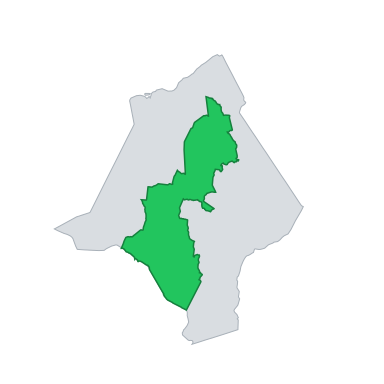 location of Eastern within Kenya, rotated 207°
{"feature_id": "KEN-889", "entity_name": "Eastern", "entity_type": "National Capital Area", "adm_level": 1, "iso_a3": "KEN", "parent_name": "Kenya", "parent_adm1": "", "projection": "albers", "projection_center": [37.864, 0.691], "detail": "fine", "context": "in_parent", "style": "filled", "palette": "green", "viewbox_px": 384, "rotation_deg": 207, "n_neighbors": 0, "source": "natural_earth", "source_scale": "10m", "svg_char_len": 8704}
<svg xmlns="http://www.w3.org/2000/svg" viewBox="0 0 384 384"><g transform="rotate(207 192 192)"><path d="M86.2,229.5L86.1,225.0L86.8,213.4L86.8,203.3L87.4,198.2L89.9,195.0L91.0,192.6L91.9,189.3L93.2,186.7L96.2,184.5L96.7,183.3L99.9,179.7L101.7,175.0L103.2,173.5L104.9,172.0L106.2,171.2L108.3,170.5L109.9,170.0L110.2,169.7L110.3,168.9L109.8,166.0L110.5,165.1L111.6,163.1L112.8,161.3L114.0,160.2L114.6,159.0L114.9,157.0L115.0,155.6L115.0,153.2L114.6,147.8L113.3,143.4L112.5,138.3L113.1,136.7L112.1,133.8L111.5,133.6L110.7,133.0L109.6,130.2L108.8,127.7L108.3,127.0L104.7,124.8L103.0,119.6L101.0,118.4L100.0,113.2L99.8,111.8L100.9,106.6L100.8,105.4L99.6,104.3L96.3,103.2L93.6,101.0L93.9,100.3L94.1,99.5L92.7,99.0L88.6,90.2L93.9,84.9L99.3,79.5L106.2,72.7L112.6,66.5L118.0,61.1L122.9,56.3L122.8,57.2L122.8,58.4L123.4,59.2L124.4,59.7L125.8,59.2L127.0,58.4L128.2,58.3L135.5,60.3L136.7,62.0L136.6,63.9L136.9,65.3L136.4,66.7L135.7,70.8L135.9,74.6L138.1,77.4L140.1,79.6L141.6,82.7L142.8,83.7L144.3,84.2L149.4,84.3L156.8,84.5L164.0,84.7L164.6,84.8L166.1,85.2L172.7,89.4L178.7,93.2L183.8,96.6L188.8,99.8L193.6,103.0L197.4,105.6L201.0,106.4L207.0,106.8L211.2,106.9L215.0,108.0L220.7,109.0L225.0,109.5L227.5,110.1L234.6,110.7L235.8,110.3L239.0,107.4L242.5,102.7L243.8,100.1L248.4,97.5L256.4,93.9L262.0,91.4L268.2,88.8L271.1,91.0L275.0,94.6L276.8,96.3L278.2,97.1L280.3,97.6L282.9,97.6L284.3,97.5L287.2,97.0L294.0,96.6L297.9,96.6L294.6,101.3L290.7,107.0L283.6,117.4L278.1,122.9L274.0,127.0L273.6,127.7L273.6,132.3L273.7,143.6L273.9,166.1L274.0,188.6L274.2,211.1L274.2,222.3L274.3,226.1L277.9,230.8L281.5,235.4L286.2,241.5L288.8,244.7L289.2,245.8L289.0,248.0L285.2,252.6L282.0,254.7L277.7,255.7L276.5,255.5L274.8,254.8L274.1,255.9L273.6,257.6L272.7,257.3L272.0,256.8L272.4,259.8L272.9,261.3L272.2,263.3L270.1,265.1L270.0,266.6L265.5,270.5L259.1,271.0L255.7,272.9L254.3,274.5L253.1,278.0L253.5,283.3L251.8,287.4L251.4,289.4L248.1,292.1L246.7,294.5L245.6,297.0L244.7,298.1L243.6,303.7L242.0,307.0L241.6,308.1L241.3,309.2L240.1,311.1L239.3,312.5L238.7,313.4L234.9,322.0L231.8,325.9L229.4,325.5L227.9,327.0L227.7,327.7L226.8,327.3L224.8,325.9L220.8,322.9L216.7,320.0L212.6,317.1L208.5,314.2L204.4,311.2L200.3,308.3L196.2,305.4L192.1,302.5L189.7,300.7L188.6,299.7L187.8,297.7L187.4,297.2L186.3,296.6L185.0,296.4L184.7,296.0L184.7,295.1L185.1,293.6L186.6,291.0L186.8,289.4L186.5,287.6L186.0,284.7L185.6,284.0L182.9,282.5L177.2,279.4L171.6,276.2L165.9,273.0L160.2,269.9L154.6,266.7L148.9,263.5L143.2,260.4L137.6,257.2L131.9,254.0L126.2,250.8L120.6,247.6L114.9,244.5L109.2,241.3L103.6,238.1L97.9,234.9L92.3,231.7L90.1,230.5L88.2,229.5L86.2,229.5ZM274.8,260.4L273.8,260.6L274.3,259.1L277.2,257.1L278.4,257.5L278.6,258.0L278.6,258.4L278.1,258.8L274.8,260.4Z" fill="#d9dde1" stroke="#a8b0b8" stroke-width="1"/><path d="M148.4,84.2L149.2,84.5L149.5,84.5L158.6,84.4L159.4,84.7L164.5,84.7L166.1,85.1L168.0,86.1L169.0,86.3L169.3,86.5L169.7,87.2L169.9,87.3L170.4,87.3L170.6,87.4L170.8,87.6L171.1,88.6L171.6,88.7L194.5,103.5L195.0,104.0L195.6,105.1L196.0,105.6L196.4,105.8L197.2,106.0L197.8,106.6L198.1,106.6L198.9,106.4L199.8,106.3L205.4,107.0L206.9,106.8L208.2,106.2L208.3,105.6L208.6,105.5L209.2,106.0L209.4,106.3L209.6,106.6L210.3,106.8L210.8,106.6L210.9,106.8L211.0,106.9L212.6,107.0L212.6,106.3L213.3,107.2L213.7,107.7L214.2,107.9L218.8,109.2L219.5,109.2L220.6,109.0L221.0,109.0L221.4,109.2L221.8,109.2L223.4,108.8L226.3,110.2L227.4,110.4L228.4,110.3L229.4,109.7L229.8,115.1L230.0,116.0L230.2,117.5L230.3,121.1L230.1,121.8L229.5,122.3L228.9,123.0L228.6,123.2L227.0,123.7L226.2,124.5L225.3,124.7L224.8,125.1L224.5,125.5L224.4,126.6L224.1,126.8L220.8,134.3L220.3,135.1L218.9,135.5L218.5,135.7L218.4,136.3L219.0,137.6L219.4,139.2L219.5,140.7L220.1,143.9L220.1,146.1L220.4,146.5L220.5,146.9L221.0,147.3L221.1,147.6L221.5,148.7L222.3,150.3L223.4,152.0L224.4,152.7L224.9,153.2L225.5,154.3L226.0,154.9L226.2,155.4L226.5,156.6L226.7,156.9L227.2,157.4L228.4,157.8L229.0,158.4L230.6,159.4L231.0,159.7L231.4,160.4L232.0,161.1L232.5,161.3L233.0,161.8L233.6,162.1L229.4,163.9L229.0,164.2L229.0,164.5L233.4,176.3L233.5,176.7L232.9,177.0L229.8,178.2L228.8,179.9L228.4,180.3L227.5,181.1L227.2,181.5L226.5,182.6L226.2,183.1L226.0,183.8L225.8,184.0L217.0,187.3L216.6,187.6L216.2,188.4L215.7,189.2L215.4,189.3L213.6,189.5L212.9,190.0L212.8,190.4L213.4,190.9L213.5,191.0L214.9,197.2L215.0,198.2L214.7,199.2L214.9,204.7L213.9,204.3L213.8,204.1L213.3,204.2L212.9,204.2L212.5,204.0L211.9,204.1L210.3,203.6L209.6,203.6L208.3,204.6L207.5,205.0L206.9,204.7L206.6,204.8L206.1,204.8L206.1,205.1L218.2,226.0L221.4,232.9L221.6,233.5L221.7,247.9L221.6,248.3L220.7,249.3L220.6,249.6L221.3,254.1L221.3,254.8L221.2,255.4L216.3,265.1L215.9,265.5L215.2,265.7L214.9,265.9L214.3,266.7L213.7,267.1L213.1,267.2L212.0,267.0L211.8,267.1L222.8,283.3L222.4,283.4L222.0,283.2L221.8,283.1L221.1,283.7L220.8,283.7L220.4,283.6L219.7,283.7L218.9,283.6L218.6,283.7L218.0,284.2L217.3,284.3L216.9,284.5L216.4,284.6L216.2,284.6L216.3,284.2L216.2,284.0L214.9,283.9L213.8,283.5L212.6,283.6L212.0,283.2L211.4,283.0L210.8,282.5L209.5,281.9L208.9,281.8L208.5,282.1L208.1,282.0L207.4,282.1L207.0,282.5L206.1,281.5L204.8,281.0L204.5,280.8L203.7,279.0L202.5,277.3L201.9,276.8L200.5,276.2L199.7,275.6L199.0,274.8L198.7,274.6L198.4,274.8L198.1,275.0L197.5,275.5L194.2,277.0L193.6,277.2L192.9,277.0L192.6,275.6L192.3,275.0L184.3,265.7L184.3,265.2L184.5,264.9L185.0,264.5L185.7,264.3L185.9,264.1L186.1,263.8L186.5,262.1L186.9,261.8L187.7,261.5L187.6,261.4L187.5,261.2L186.4,260.7L186.1,260.6L185.1,260.7L184.3,260.4L182.6,259.1L181.8,258.8L180.0,257.5L178.5,256.7L177.7,256.5L176.4,256.3L175.3,255.1L174.8,254.7L173.8,254.3L173.5,254.1L173.3,253.8L173.0,253.2L172.5,251.9L172.5,251.3L172.7,250.4L172.3,249.8L168.4,245.1L167.8,244.0L167.5,243.3L168.0,241.9L167.9,241.7L166.9,241.5L166.6,241.5L166.3,241.5L165.3,241.9L165.0,241.9L164.9,241.7L165.0,240.6L165.8,240.7L166.0,240.6L166.4,240.1L166.5,239.9L166.1,239.4L166.1,239.2L167.4,238.3L167.5,237.9L167.6,237.5L167.7,237.4L167.8,237.3L169.9,237.7L170.3,237.7L172.4,235.6L172.9,234.4L173.2,233.6L173.1,232.6L173.2,232.4L173.5,232.1L174.1,231.7L174.9,231.7L175.9,231.4L176.2,231.4L177.1,232.0L177.5,231.7L178.2,230.7L178.2,230.1L178.4,229.1L178.4,228.8L178.2,228.6L177.3,229.0L176.9,229.0L176.5,228.3L176.1,227.2L175.0,226.2L174.9,225.7L175.2,223.8L175.3,223.4L175.7,223.2L176.1,223.2L177.3,224.1L177.6,224.2L177.8,224.2L181.3,222.9L181.6,222.7L181.4,222.3L181.2,221.5L181.2,218.7L181.0,218.3L180.1,217.3L180.0,217.1L180.0,214.8L179.9,214.4L177.1,207.5L176.9,207.2L171.4,203.1L170.8,202.5L171.6,202.1L174.2,201.2L175.1,200.5L178.1,197.5L178.1,197.2L178.3,195.9L178.9,194.9L179.1,194.0L179.0,193.7L178.7,192.9L178.1,192.0L177.9,191.5L177.8,189.3L177.6,189.0L177.3,188.9L165.3,187.3L165.0,187.2L164.9,187.2L164.9,186.7L165.4,186.3L165.9,185.7L166.1,185.1L166.4,184.8L166.4,184.4L166.4,183.4L166.5,182.9L166.7,182.7L167.5,182.8L169.5,182.4L170.1,182.2L170.7,181.9L171.1,181.8L171.5,181.9L172.3,182.3L172.8,182.3L173.1,182.7L173.5,182.9L174.1,182.9L174.4,182.8L174.8,182.5L175.2,182.4L176.4,183.4L177.2,184.6L177.8,185.7L178.0,186.4L178.7,187.2L179.3,187.4L181.0,187.0L181.2,186.9L182.2,187.5L182.5,187.5L183.2,187.3L183.6,187.6L184.1,187.1L184.7,186.8L185.6,186.0L186.4,185.6L186.9,185.1L187.1,185.0L187.5,185.2L188.6,184.7L189.5,184.7L190.3,184.5L190.7,184.3L191.1,183.6L191.8,183.2L192.1,183.2L192.5,183.4L192.8,183.4L193.8,182.8L195.1,181.6L195.5,181.6L196.6,181.9L196.0,172.6L195.9,172.2L195.6,171.8L194.0,169.9L193.7,169.5L193.6,169.0L193.3,165.4L193.2,165.0L192.8,164.6L191.1,163.0L190.9,162.9L190.4,163.1L189.8,163.6L189.5,163.7L188.9,163.6L188.6,163.7L187.6,164.2L187.2,164.3L186.6,164.2L185.8,164.7L184.7,164.8L183.9,165.1L183.5,165.1L183.2,165.0L183.1,164.8L181.3,160.5L180.8,159.9L179.7,159.0L178.9,158.0L178.5,155.9L178.4,155.7L177.2,155.0L176.7,154.5L176.2,153.2L175.5,152.1L175.0,151.5L173.9,150.6L173.5,149.9L173.2,149.6L172.3,149.2L169.7,148.9L167.7,149.1L167.4,149.0L167.5,148.2L167.3,147.3L166.1,144.2L165.8,143.6L164.2,142.2L164.0,141.9L161.7,135.4L161.5,135.2L161.2,135.1L160.9,135.1L160.6,135.2L160.9,136.0L160.7,136.6L160.4,137.1L158.9,138.7L158.6,138.8L157.8,138.7L157.5,138.7L157.3,138.8L156.9,139.1L156.2,138.3L156.0,137.2L156.0,136.0L155.8,134.9L155.2,133.8L154.7,133.3L153.9,132.7L153.7,132.1L153.7,130.1L153.2,129.2L153.0,128.5L152.7,127.9L152.2,127.0L151.6,126.4L150.1,125.5L149.0,124.5L148.9,124.4L148.8,123.6L148.7,123.4L148.0,123.7L147.8,123.9L147.5,123.8L147.1,123.4L146.9,123.3L145.9,123.3L145.5,123.2L145.3,122.7L146.0,119.8L146.0,119.5L145.7,118.3L146.0,117.2L145.9,117.0L144.9,117.1L144.0,116.7L143.5,116.4L143.3,115.7L143.4,84.3L147.2,84.3L148.4,84.2Z" fill="#22c55e" stroke="#15803d" stroke-width="1.5"/></g></svg>